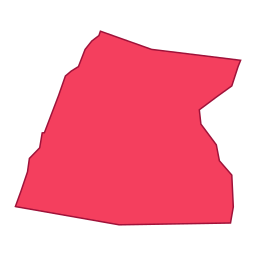 Roblot, Choiseul, Saint Lucia
{"feature_id": "8701671B17506768267168", "entity_name": "Roblot", "entity_type": "district", "adm_level": 2, "iso_a3": "LCA", "parent_name": "Saint Lucia", "parent_adm1": "Choiseul", "projection": "mercator", "projection_center": [-61.023, 13.804], "detail": "fine", "context": "isolated", "style": "filled", "palette": "rose", "viewbox_px": 256, "rotation_deg": 0, "n_neighbors": 0, "source": "geoboundaries", "source_scale": "gbopen_adm2", "svg_char_len": 524}
<svg xmlns="http://www.w3.org/2000/svg" viewBox="0 0 256 256"><path d="M240.6,60.3L151.6,49.4L100.4,31.2L98.9,35.6L95.2,38.4L91.8,41.0L87.5,46.4L85.1,49.4L80.1,62.3L78.4,66.7L77.6,67.1L71.2,71.1L68.6,73.3L65.4,76.0L58.7,95.2L44.4,132.7L43.0,132.8L42.2,132.9L39.7,147.8L29.4,158.4L27.5,171.9L21.0,191.1L15.4,206.5L16.1,206.7L119.1,224.8L230.5,223.0L233.3,206.9L231.8,175.1L219.4,160.8L216.3,144.8L200.9,124.1L199.3,109.8L216.3,97.1L231.8,85.9L238.0,66.8L240.6,60.3Z" fill="#f43f5e" stroke="#9f1239" stroke-width="1.5"/></svg>